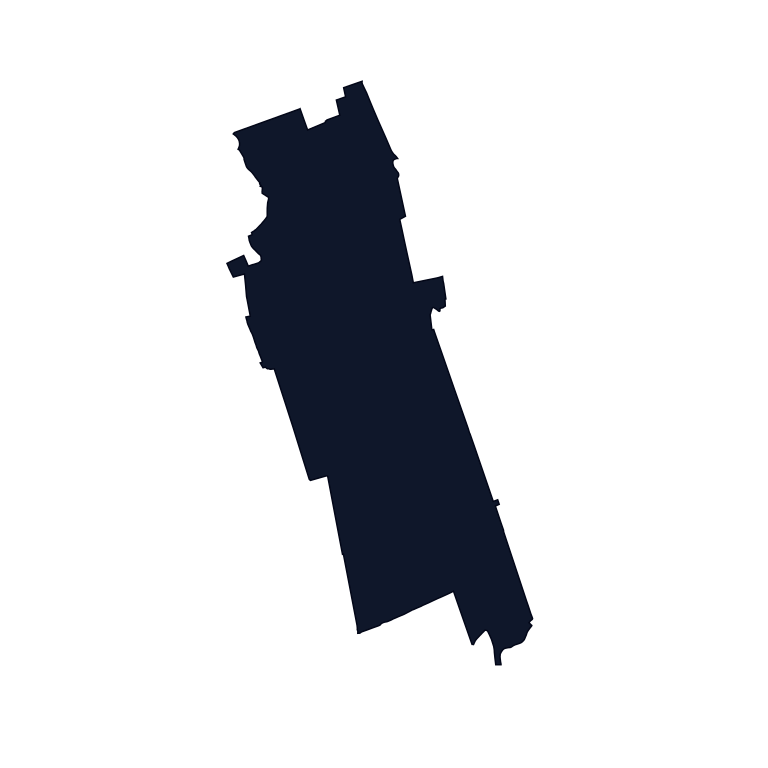 outline of Boranesti, Ialomita, Romania, rotated 318°
{"feature_id": "2599482B91770170469714", "entity_name": "Boranesti", "entity_type": "district", "adm_level": 2, "iso_a3": "ROU", "parent_name": "Romania", "parent_adm1": "Ialomita", "projection": "robinson", "projection_center": [26.596, 44.644], "detail": "fine", "context": "isolated", "style": "filled", "palette": "ink", "viewbox_px": 768, "rotation_deg": 318, "n_neighbors": 0, "source": "geoboundaries", "source_scale": "gbopen_adm2", "svg_char_len": 5927}
<svg xmlns="http://www.w3.org/2000/svg" viewBox="0 0 768 768"><g transform="rotate(318 384 384)"><path d="M332.3,662.3L332.2,662.0L332.1,660.2L332.0,658.4L332.5,658.3L333.6,658.1L334.6,658.0L335.8,658.1L336.6,658.1L337.0,658.0L337.3,657.8L337.5,657.7L338.3,655.8L339.3,653.1L342.8,645.2L344.7,640.7L368.5,586.4L373.6,574.8L373.7,574.6L374.2,573.6L375.0,572.6L378.2,565.0L385.1,549.2L389.1,550.5L391.0,546.1L386.6,544.4L409.3,491.1L414.5,478.7L414.8,477.5L416.8,473.3L432.5,435.7L448.3,398.2L450.3,393.4L456.4,378.9L457.4,376.7L455.9,376.0L455.8,375.8L464.6,363.4L465.6,362.9L467.7,361.5L468.6,361.0L469.7,360.3L470.6,359.9L471.3,359.8L471.8,360.1L472.1,360.5L472.5,361.9L472.8,363.0L473.0,363.9L473.2,364.8L473.3,366.0L473.6,366.8L473.7,367.0L474.1,367.1L474.5,367.1L474.8,366.7L475.4,366.1L476.0,365.5L476.5,365.5L477.4,365.9L478.7,366.7L481.7,367.1L483.9,364.4L486.1,361.7L486.9,362.2L493.4,352.5L495.6,349.2L496.8,347.0L499.5,343.2L495.5,341.3L493.7,340.3L484.9,335.1L473.5,328.4L477.6,321.7L484.4,309.7L489.5,300.7L494.6,291.8L500.9,280.9L505.0,273.7L505.9,272.2L512.2,273.7L530.7,241.4L531.3,240.2L533.1,239.5L534.0,239.2L534.8,238.5L535.2,237.9L535.5,237.5L535.6,237.2L535.8,236.7L535.9,236.1L535.9,235.1L536.0,234.4L536.1,233.6L536.2,232.9L536.3,232.5L536.3,231.7L536.3,230.4L536.4,229.9L536.5,229.3L536.8,228.5L537.4,227.3L538.0,226.2L538.4,225.7L538.8,225.2L539.3,224.7L539.8,224.4L540.3,224.1L540.9,223.9L542.0,224.0L543.1,224.4L544.3,224.9L545.0,225.5L545.2,223.6L545.2,221.8L545.0,220.1L545.0,219.2L545.4,216.2L545.9,214.4L550.0,202.4L556.0,184.0L559.9,172.6L562.8,164.4L565.8,156.2L567.2,151.4L568.6,146.7L569.3,145.3L570.3,144.4L570.1,144.3L552.3,136.8L552.1,137.1L547.6,144.9L538.6,141.1L531.0,154.7L518.3,149.6L517.7,149.7L517.1,149.7L516.4,149.5L515.2,150.4L497.2,144.1L500.4,136.3L505.8,123.3L505.7,123.3L441.2,97.1L440.5,97.1L439.3,97.3L439.5,98.2L439.9,100.7L439.9,102.9L439.6,104.6L439.1,106.3L437.8,108.4L437.1,109.2L436.3,110.0L435.6,110.5L435.0,110.8L434.1,111.3L433.2,111.7L432.6,111.9L432.6,112.0L433.1,113.2L432.3,117.6L431.4,122.0L430.9,122.8L430.4,123.3L429.6,124.9L428.1,128.4L427.3,130.3L427.0,131.6L427.0,132.3L426.9,133.0L427.0,133.7L427.0,134.4L427.2,135.7L427.3,136.6L427.4,137.6L427.4,139.0L427.2,141.6L427.1,143.0L426.9,143.7L426.8,145.1L426.6,147.7L426.5,149.5L426.4,151.4L426.1,151.5L425.8,151.7L425.5,152.2L425.5,152.6L425.5,153.3L425.4,154.2L424.4,154.1L424.5,154.5L425.2,156.0L425.1,156.6L424.1,157.6L423.1,158.6L422.2,159.4L421.1,160.8L423.1,168.0L422.4,168.9L422.0,169.3L418.9,171.4L417.0,173.2L415.1,175.0L412.6,177.7L410.2,180.4L409.8,180.8L409.7,180.9L409.6,181.0L409.4,181.2L409.3,181.3L409.0,181.4L408.2,181.7L407.4,181.8L406.7,182.0L404.8,182.3L403.0,182.6L402.0,182.6L401.2,182.8L399.4,183.1L398.3,183.1L393.1,183.5L392.1,183.6L391.9,183.5L391.2,183.3L390.8,183.4L390.7,183.4L389.6,183.3L388.7,183.1L386.9,182.8L386.6,183.7L386.1,184.6L385.8,184.8L382.2,183.5L381.1,185.4L379.9,187.2L379.5,188.2L379.1,189.1L378.5,190.8L377.9,192.4L377.8,192.9L377.7,193.3L377.7,193.7L377.7,194.1L377.6,194.6L377.6,194.9L377.6,195.1L377.6,195.7L377.6,196.5L377.7,197.2L377.8,198.7L377.8,200.1L377.8,200.4L377.9,201.5L377.9,202.5L378.0,203.5L378.1,204.2L378.3,204.8L378.3,205.1L378.3,205.4L378.1,206.3L377.8,207.1L377.5,207.5L377.3,207.9L377.1,208.1L376.9,208.3L376.4,209.0L375.9,209.6L375.7,209.9L375.3,210.1L375.1,210.1L374.9,210.1L374.6,210.2L373.5,210.1L372.1,210.1L371.9,210.0L371.6,209.9L369.3,208.9L367.1,207.9L366.6,207.6L366.1,207.3L365.6,207.1L362.0,205.6L363.9,200.1L365.7,194.6L359.5,192.7L353.3,190.8L348.0,189.3L347.1,192.1L346.1,194.9L344.9,199.1L343.6,203.7L353.9,208.9L347.3,217.9L340.3,227.1L338.6,230.0L331.0,242.5L330.0,244.1L329.6,243.9L328.3,243.0L326.2,241.8L325.3,243.5L324.5,245.3L323.7,246.5L323.2,247.6L322.7,248.7L322.4,249.6L321.9,251.1L321.4,252.6L320.9,254.1L320.3,255.6L320.1,256.6L319.8,257.7L319.7,258.3L319.5,258.8L318.8,260.6L318.1,262.3L317.4,263.8L316.7,265.3L316.0,266.8L315.4,268.4L315.0,269.4L314.6,270.3L314.1,271.2L313.7,272.2L313.5,272.9L313.3,273.6L313.0,274.7L312.7,275.8L312.0,277.1L311.4,278.5L310.8,280.3L308.6,286.0L307.9,286.2L306.1,285.5L305.0,291.0L307.2,292.2L307.2,292.5L307.2,292.8L307.3,292.9L307.3,293.2L307.3,293.4L307.3,293.5L307.4,293.9L307.5,294.6L307.7,294.8L307.9,294.9L308.0,295.0L308.5,295.4L308.8,296.0L309.1,296.6L309.4,297.0L309.7,297.2L310.0,297.5L310.8,298.0L311.7,298.7L312.6,299.4L311.7,301.2L307.5,310.6L301.8,323.3L298.6,330.5L287.3,355.7L276.0,380.2L264.7,404.8L264.8,406.4L279.9,413.8L280.1,413.9L280.3,415.1L259.7,449.0L239.2,482.8L240.1,483.2L238.4,485.9L227.6,503.8L202.5,545.3L200.8,547.6L199.8,548.6L199.0,550.4L197.7,551.7L199.3,553.0L201.4,553.2L207.0,555.5L212.6,557.7L215.5,558.9L218.4,560.1L220.0,560.5L221.4,560.2L221.7,560.3L222.1,560.3L223.6,560.7L225.2,561.4L226.3,562.1L227.3,562.7L231.2,564.1L232.4,564.4L233.7,564.7L236.2,565.6L238.7,566.4L245.0,568.6L251.3,570.2L252.8,570.6L253.5,570.7L255.2,571.4L258.9,572.6L262.3,573.8L263.6,574.2L264.1,574.2L267.7,575.4L269.9,576.1L270.6,576.4L271.1,576.5L276.1,578.0L281.0,579.5L282.9,580.2L284.8,580.8L290.8,582.7L293.8,583.6L296.0,584.2L296.7,584.4L297.0,584.4L297.0,584.5L288.6,604.4L275.2,636.4L276.0,637.2L276.2,637.5L277.1,637.1L278.2,636.6L278.5,636.5L279.6,636.0L279.8,636.0L280.7,635.7L281.5,635.6L282.6,635.4L285.1,635.2L287.1,635.0L288.0,635.0L289.9,634.8L292.3,634.7L294.5,634.5L295.8,636.6L294.5,641.1L293.0,645.7L289.9,652.5L288.0,655.4L286.3,657.5L282.8,662.3L279.2,667.4L283.1,670.9L283.5,670.5L284.7,668.5L285.9,666.8L286.8,665.5L287.9,664.1L288.5,663.6L289.5,662.6L291.2,661.8L293.0,661.3L294.5,661.0L295.8,661.0L297.3,661.5L299.7,662.9L301.4,664.2L302.3,664.6L305.2,665.0L306.9,665.5L308.4,666.2L311.4,667.5L313.0,668.0L314.2,668.1L316.1,668.0L317.2,667.8L318.4,667.3L319.6,666.7L321.8,665.7L323.8,664.5L324.8,664.1L326.1,663.7L328.8,663.1L331.2,662.7L332.1,662.5L332.3,662.3Z" fill="#0f172a" stroke="#020617" stroke-width="1.5"/></g></svg>